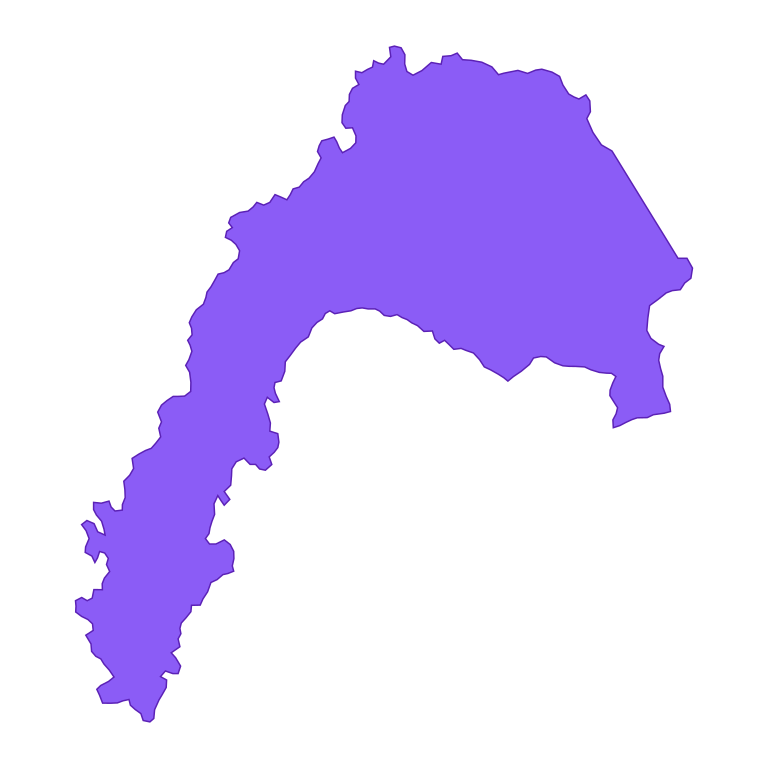 the district of Sanclerlândia, Goiás, Brazil
{"feature_id": "56859067B50041369621079", "entity_name": "Sanclerlândia", "entity_type": "district", "adm_level": 2, "iso_a3": "BRA", "parent_name": "Brazil", "parent_adm1": "Goiás", "projection": "mercator", "projection_center": [-50.414, -16.327], "detail": "fine", "context": "isolated", "style": "filled", "palette": "violet", "viewbox_px": 768, "rotation_deg": 0, "n_neighbors": 0, "source": "geoboundaries", "source_scale": "gbopen_adm2", "svg_char_len": 4474}
<svg xmlns="http://www.w3.org/2000/svg" viewBox="0 0 768 768"><path d="M664.0,346.4L658.7,344.3L650.9,338.4L646.8,330.5L647.8,318.4L649.6,305.6L657.8,299.6L666.2,292.9L672.3,290.6L680.3,289.7L684.7,283.0L690.9,278.2L692.5,268.1L687.0,258.3L678.0,258.3L661.7,231.7L654.8,220.6L612.0,151.0L601.4,144.9L592.9,132.4L586.8,118.6L590.4,111.7L589.8,100.9L585.9,94.9L578.9,99.0L574.0,97.0L568.7,94.0L562.9,85.0L559.6,76.4L552.0,72.1L541.8,69.2L535.7,70.1L527.6,73.4L517.9,70.4L503.8,73.2L498.5,74.7L491.9,66.9L481.8,62.2L471.2,60.3L462.5,59.7L457.2,53.1L451.1,55.7L442.8,56.4L441.1,64.2L431.3,62.5L421.9,70.6L413.0,75.2L406.9,71.5L404.7,64.0L404.9,54.7L401.1,47.8L394.4,46.1L389.5,47.4L390.8,56.8L383.6,64.2L378.6,63.1L373.7,60.7L372.5,67.1L367.5,69.4L361.9,72.7L355.5,71.2L355.5,78.1L358.9,84.5L352.5,88.3L349.4,94.4L349.1,101.5L345.3,105.5L342.3,114.8L342.0,122.7L345.8,128.2L352.5,127.8L356.0,135.9L355.8,142.8L350.5,148.4L342.5,152.7L339.4,148.1L336.7,141.7L334.0,137.1L328.1,139.1L321.8,140.8L319.2,145.7L317.5,151.5L321.1,157.9L318.1,163.6L314.4,171.8L309.0,178.2L303.7,181.7L299.3,187.1L293.1,188.9L290.3,194.6L286.9,199.8L281.2,197.2L275.0,194.6L269.8,202.4L263.7,205.1L256.8,202.4L253.1,207.0L248.1,211.1L239.6,212.5L230.7,217.4L228.7,222.9L232.3,227.6L226.7,231.3L225.4,237.4L231.2,240.2L235.9,244.4L239.6,250.7L238.2,258.8L233.4,262.5L229.0,269.8L224.0,272.7L218.1,274.1L214.6,280.5L211.0,286.8L207.0,292.1L205.9,297.5L203.4,304.2L196.3,309.8L191.8,316.9L189.3,322.7L191.5,328.2L192.1,334.8L187.7,340.3L190.1,345.2L191.9,351.3L188.9,359.7L185.7,365.4L189.6,372.2L190.9,382.3L190.7,391.4L184.6,396.1L178.2,396.4L173.2,396.4L167.1,400.5L161.5,405.1L157.7,412.1L161.5,421.9L158.8,428.2L160.7,436.9L155.7,443.3L151.3,448.3L145.5,450.5L139.0,454.0L132.1,458.4L133.6,468.5L129.7,475.2L123.8,481.2L124.9,489.8L125.2,497.6L122.4,504.6L122.3,510.1L115.0,511.0L111.1,507.0L109.0,501.1L101.3,503.2L93.6,502.4L93.6,509.6L96.4,515.0L101.6,521.2L104.0,529.2L105.1,535.1L97.7,531.8L94.1,523.7L86.9,520.5L81.6,524.6L86.1,530.7L89.1,538.6L85.6,546.9L85.2,552.4L91.9,556.1L94.9,562.5L97.5,557.9L99.6,551.5L104.7,553.0L108.3,558.4L106.5,564.5L109.7,571.5L104.4,578.1L102.2,583.7L102.4,589.7L93.9,589.6L92.2,598.1L87.2,600.7L81.7,597.5L75.5,600.7L76.0,606.2L75.7,612.0L81.6,616.4L87.9,619.5L92.5,623.8L93.2,630.4L85.8,635.2L91.0,643.9L91.6,651.4L95.8,656.3L100.8,658.9L104.0,664.1L109.3,670.1L114.0,677.0L108.6,681.4L100.7,685.5L96.8,689.3L99.6,695.3L102.6,703.1L110.5,703.2L117.4,702.9L123.0,700.8L129.0,699.5L130.4,705.2L135.2,709.5L140.9,713.6L143.2,720.5L149.9,721.9L153.8,718.5L154.6,709.7L159.0,699.9L162.3,694.4L166.2,687.5L166.6,680.0L160.5,676.6L165.4,671.0L172.9,673.6L178.1,673.6L180.6,666.1L175.6,657.7L171.2,652.8L179.9,646.7L178.1,638.9L180.9,633.7L179.9,628.4L181.3,623.0L186.0,617.8L190.9,611.7L191.5,605.3L200.2,605.1L202.9,599.0L207.6,591.8L210.9,582.5L217.1,579.6L222.9,574.6L227.9,573.5L233.7,571.2L232.3,565.9L233.9,558.7L233.7,551.3L230.2,544.5L224.3,539.9L215.9,544.0L209.5,544.0L205.4,538.6L209.0,533.6L210.0,527.7L212.0,521.2L214.6,514.4L214.0,503.8L217.8,495.6L221.0,500.6L224.2,505.2L229.8,499.4L224.2,491.5L230.7,485.2L231.5,475.8L231.8,468.8L236.2,461.8L244.0,458.1L250.1,464.4L255.6,464.4L259.6,469.0L265.4,470.2L271.8,464.5L269.2,456.9L274.2,452.3L277.8,447.6L278.9,442.2L277.8,433.7L269.8,431.1L270.4,423.0L267.9,414.3L264.4,404.0L267.3,397.3L274.0,402.5L279.3,401.6L275.4,393.3L274.0,387.7L275.0,382.5L281.2,380.9L284.8,371.3L285.3,361.8L290.1,355.6L295.6,348.1L300.6,342.1L308.3,336.9L311.9,327.9L317.0,322.4L322.5,318.9L325.3,313.5L329.8,310.8L334.7,313.7L343.3,312.0L350.9,310.8L356.7,308.5L362.2,307.9L368.0,308.9L375.2,308.9L379.7,311.1L384.2,315.4L390.5,316.4L397.1,314.6L401.9,317.5L407.2,319.6L411.8,322.9L417.5,325.6L423.9,331.4L432.4,331.0L434.9,338.9L439.3,343.2L444.6,340.3L448.8,344.3L453.8,349.3L461.1,348.4L466.0,350.4L473.5,353.0L479.6,359.7L484.3,366.9L490.5,369.8L498.3,374.2L503.8,377.7L507.9,381.1L513.5,376.5L521.2,371.3L529.5,364.4L533.5,358.0L540.7,356.5L546.3,356.9L554.6,362.8L562.9,365.8L569.0,366.3L575.6,366.4L584.6,366.9L590.9,369.8L599.3,372.4L606.2,373.1L611.5,373.3L615.9,376.5L612.8,382.9L610.1,390.1L609.9,395.6L613.7,401.6L617.6,407.7L616.1,413.8L612.9,419.9L613.3,427.7L619.8,425.6L625.9,422.4L631.9,419.6L637.2,417.8L647.3,417.6L653.4,414.7L664.2,413.2L670.5,411.5L669.7,404.3L666.2,396.4L662.8,387.2L662.8,376.2L660.6,368.7L658.7,360.3L659.7,353.7L664.0,346.4Z" fill="#8b5cf6" stroke="#5b21b6" stroke-width="1.5"/></svg>